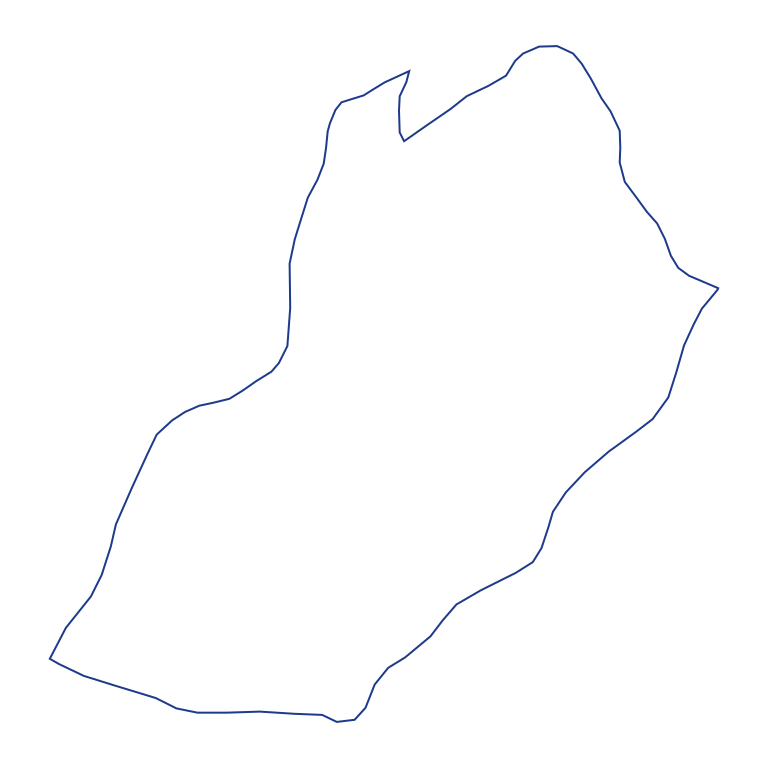 outline of Ogoouè-Lètili, Haut-Ogooué, Gabon
{"feature_id": "22940354B99015789882932", "entity_name": "Ogoouè-Lètili", "entity_type": "district", "adm_level": 2, "iso_a3": "GAB", "parent_name": "Gabon", "parent_adm1": "Haut-Ogooué", "projection": "albers", "projection_center": [13.529, -2.199], "detail": "fine", "context": "isolated", "style": "outline", "palette": "blue", "viewbox_px": 768, "rotation_deg": 0, "n_neighbors": 0, "source": "geoboundaries", "source_scale": "gbopen_adm2", "svg_char_len": 1363}
<svg xmlns="http://www.w3.org/2000/svg" viewBox="0 0 768 768"><path d="M49.8,658.8L58.9,664.0L83.8,675.9L115.2,685.7L155.9,698.1L176.4,708.4L197.6,712.7L225.7,712.7L259.8,711.6L294.5,713.8L322.1,714.9L336.8,721.9L354.6,719.8L365.5,707.8L374.7,684.5L388.2,667.8L405.0,657.5L430.5,636.3L442.9,620.1L456.5,604.4L480.8,590.3L503.6,578.9L515.5,573.0L532.8,562.1L541.5,548.1L548.5,526.9L552.9,511.8L565.9,492.3L584.8,472.2L608.7,451.6L636.3,431.6L652.6,419.1L668.3,397.5L676.4,372.0L684.0,345.5L693.7,324.4L701.9,308.6L717.6,289.7L718.2,288.2L689.1,275.8L678.2,267.8L670.9,255.8L664.8,238.7L657.1,223.4L647.0,212.0L636.2,197.2L624.8,181.9L619.7,162.5L620.3,147.8L619.7,130.7L610.6,111.4L601.5,98.3L590.8,78.5L581.7,63.7L573.1,53.5L557.2,46.1L539.1,46.6L523.1,53.5L515.2,60.8L506.1,75.6L488.5,85.8L466.9,96.1L450.4,109.1L427.4,124.9L404.1,141.2L399.7,132.5L399.0,110.7L399.7,96.2L406.3,82.3L409.2,71.1L384.8,82.3L373.5,89.2L363.7,95.4L351.7,99.1L341.5,102.3L335.4,110.0L329.9,123.4L327.7,131.3L326.0,148.3L323.7,163.7L317.5,179.6L307.8,197.7L301.0,219.3L294.8,239.2L289.6,263.6L290.2,307.9L287.4,346.0L278.9,363.0L271.5,371.6L256.1,381.2L243.1,390.3L229.4,398.8L213.0,402.8L199.3,405.7L185.1,411.9L172.1,420.4L156.7,434.6L147.7,453.4L131.8,488.0L115.9,524.4L110.8,546.5L101.7,574.9L90.9,596.5L65.9,627.8L49.8,658.8Z" fill="none" stroke="#1e3a8a" stroke-width="2"/></svg>